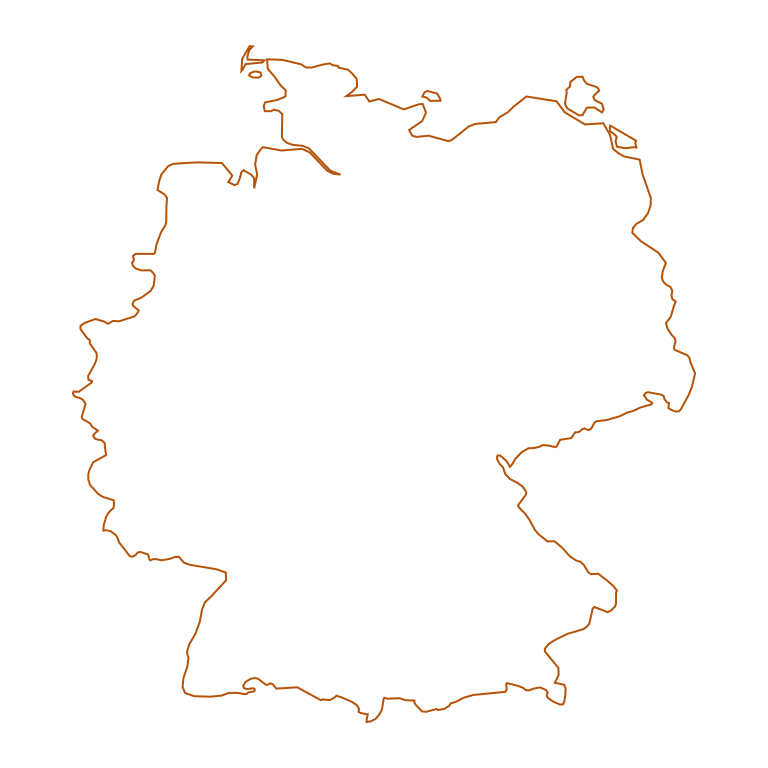 an SVG outline of Germany
{"feature_id": "DEU", "entity_name": "Germany", "entity_type": "country or territory", "adm_level": 0, "iso_a3": "DEU", "parent_name": "Europe", "parent_adm1": "", "projection": "natural_earth1", "projection_center": [10.44, 51.169], "detail": "fine", "context": "isolated", "style": "outline", "palette": "amber", "viewbox_px": 768, "rotation_deg": 0, "n_neighbors": 0, "source": "natural_earth", "source_scale": "50m", "svg_char_len": 6029}
<svg xmlns="http://www.w3.org/2000/svg" viewBox="0 0 768 768"><path d="M320.9,700.2L297.3,687.3L276.3,688.6L272.9,684.4L270.3,683.3L267.6,684.9L265.8,684.7L258.2,678.9L255.0,678.0L250.7,678.8L245.5,681.9L243.2,685.8L243.9,688.0L246.6,689.0L253.5,688.3L254.6,689.0L254.8,690.2L254.0,691.4L248.3,692.4L246.7,693.9L245.0,694.2L237.9,692.9L228.9,692.9L221.7,695.6L210.1,696.7L194.2,696.2L185.1,693.0L182.6,687.0L183.4,678.2L187.3,666.6L188.5,658.0L186.9,652.6L189.2,644.4L195.5,633.6L199.7,622.1L201.9,610.1L205.0,602.2L210.9,596.7L226.1,580.2L225.8,572.6L216.6,569.3L189.8,564.8L184.0,562.7L178.9,556.9L175.7,556.8L169.4,558.9L161.6,560.3L156.0,559.1L152.4,559.3L150.4,560.4L149.4,559.4L148.1,554.5L140.5,552.0L137.7,552.5L135.6,555.0L132.6,556.7L129.8,556.2L119.0,542.2L118.4,539.9L116.3,535.6L111.1,531.4L106.0,530.1L103.4,530.6L103.7,525.3L105.9,517.7L107.9,513.7L110.6,510.5L113.4,508.2L114.1,504.1L113.7,500.3L102.6,496.8L98.0,493.8L90.1,484.9L88.3,479.6L88.3,474.4L89.2,470.5L93.1,462.3L106.2,455.0L104.9,447.7L104.8,443.2L101.7,440.3L95.5,439.1L93.8,437.0L93.2,435.0L97.9,430.6L92.4,427.0L90.1,423.4L82.4,418.8L81.7,417.2L85.6,403.7L82.9,399.8L79.4,397.8L75.3,396.8L73.5,395.0L72.9,392.8L73.7,391.5L78.5,391.9L91.6,382.6L92.1,381.1L88.5,379.8L88.1,376.0L94.5,364.6L96.4,359.8L96.8,356.3L96.5,353.0L89.8,343.4L89.8,340.0L87.3,338.3L80.5,329.2L80.5,325.8L84.6,323.0L95.4,319.0L104.2,321.6L108.1,323.8L112.9,320.9L119.1,321.3L134.4,316.4L136.7,314.0L138.4,311.5L138.6,310.4L132.8,305.5L132.7,303.7L133.5,301.7L135.2,300.1L138.6,299.0L142.4,296.9L150.7,290.9L153.7,285.7L154.9,275.8L152.7,272.4L150.5,270.3L141.3,270.4L135.7,268.5L132.7,265.5L132.0,262.8L133.4,261.2L133.9,259.1L133.0,257.0L133.4,255.3L136.0,253.9L153.8,253.9L155.1,252.4L156.5,244.3L161.1,232.1L165.4,225.2L166.2,222.4L166.4,206.2L167.1,198.0L164.1,194.2L157.6,190.0L159.1,181.3L161.4,174.4L168.2,166.1L173.5,163.8L196.5,162.4L221.9,163.0L232.3,175.6L228.3,182.1L234.5,185.1L237.5,184.0L239.8,178.4L241.4,172.1L243.6,170.2L251.4,174.9L254.1,178.1L254.2,188.4L257.2,174.4L255.1,164.7L256.7,155.2L259.9,150.3L262.8,147.2L281.4,150.5L302.0,148.8L309.7,152.4L327.2,170.7L333.1,173.7L340.5,174.6L330.3,170.7L309.1,148.5L302.7,145.8L292.9,144.9L286.8,142.8L283.0,139.4L281.9,136.4L282.3,114.1L278.7,110.8L273.9,109.7L271.0,111.2L264.9,111.2L263.7,106.2L265.2,102.4L277.4,99.9L285.4,96.5L285.8,90.4L280.8,85.7L274.8,77.0L267.8,68.8L267.1,59.3L282.5,59.9L301.2,64.3L305.8,67.4L311.6,67.6L322.0,64.7L329.7,63.4L332.7,65.2L338.0,65.9L338.4,67.5L348.1,69.8L352.1,73.4L356.7,78.9L357.1,86.8L351.3,92.5L346.4,96.1L364.7,94.7L369.3,101.5L379.1,99.0L403.8,109.4L418.7,104.3L422.6,104.0L426.0,112.5L422.3,121.0L409.1,130.0L412.1,135.6L416.3,136.9L428.7,135.7L448.5,141.2L452.5,139.5L468.4,126.7L474.8,124.0L495.8,122.1L499.6,117.1L508.0,112.2L513.4,106.8L526.4,96.5L556.6,101.3L564.7,112.3L584.9,124.4L603.3,123.3L610.0,134.8L613.1,149.0L618.9,153.5L623.9,156.4L639.6,159.6L642.6,174.5L650.8,197.9L650.7,205.2L648.0,213.2L643.1,220.0L636.5,223.8L632.9,228.1L632.3,232.8L640.8,241.1L658.6,252.9L665.9,263.0L662.7,271.4L661.8,277.6L663.2,281.5L666.1,284.6L670.5,287.0L672.3,290.7L671.5,295.7L672.4,299.1L675.7,301.6L673.9,306.0L670.7,316.9L665.9,323.2L667.5,328.5L671.6,334.8L674.6,338.0L675.6,341.0L673.8,348.1L674.8,349.9L687.2,355.2L689.3,357.6L690.6,362.7L695.1,373.5L691.8,387.2L688.8,394.7L681.0,409.2L678.9,411.3L676.0,411.6L671.5,410.0L668.4,408.0L669.0,402.9L667.1,402.5L664.6,399.4L663.6,396.0L660.9,394.6L648.1,392.2L645.7,392.9L643.9,395.3L646.9,399.6L652.2,402.9L651.7,404.3L640.4,407.5L633.3,410.9L626.7,412.8L619.9,416.2L606.5,420.1L596.7,421.2L594.7,422.2L591.1,428.8L588.6,430.2L584.4,428.4L582.1,429.3L579.8,431.5L577.3,432.3L575.1,432.3L571.3,438.1L560.1,439.8L556.8,446.3L555.2,447.2L550.1,445.8L543.1,445.0L539.1,446.9L534.2,448.0L528.3,448.3L521.8,452.1L515.4,458.8L511.9,464.7L510.0,466.8L506.8,461.3L500.1,455.5L497.7,455.5L497.1,456.3L497.1,459.2L499.7,464.0L503.0,467.3L505.3,474.1L510.0,479.0L517.4,482.8L522.5,486.5L526.2,491.8L526.3,493.4L525.3,495.5L518.0,505.4L519.3,507.7L525.6,514.2L529.5,519.9L534.8,529.8L538.2,533.9L547.4,541.4L554.5,541.3L561.9,547.4L570.0,556.4L576.1,560.5L580.3,561.7L583.8,564.9L588.2,572.2L590.9,574.2L598.3,573.8L607.8,581.1L613.8,586.4L616.9,590.7L616.1,592.4L616.0,603.5L615.1,606.5L611.0,610.5L607.6,612.2L594.5,607.0L592.7,608.5L589.4,623.5L587.1,626.4L583.5,629.1L567.0,634.0L554.3,640.3L548.6,644.1L544.9,648.8L544.9,651.5L558.4,667.9L558.6,675.2L554.7,682.8L564.2,684.8L565.6,688.7L565.3,695.4L564.2,701.7L563.1,704.3L559.9,704.5L553.6,701.8L548.8,698.6L546.9,696.7L546.8,694.4L547.8,692.9L546.1,690.1L540.1,687.4L533.8,688.6L529.1,690.3L526.1,690.2L522.8,687.7L517.7,685.8L507.0,683.1L506.2,683.9L506.7,689.4L505.5,691.8L473.0,695.0L463.1,698.0L455.9,701.8L450.5,703.5L449.2,705.9L444.0,709.0L438.0,710.0L436.6,709.0L426.2,711.8L422.0,711.4L415.9,705.0L414.3,702.3L414.5,700.6L405.3,700.2L399.6,698.2L387.4,698.7L384.4,697.8L383.7,698.7L381.9,709.7L379.5,714.2L375.6,718.9L370.6,721.4L366.6,721.9L366.8,718.5L367.8,714.4L360.6,713.0L358.5,711.8L359.0,708.7L358.0,706.9L356.2,704.7L351.9,701.9L342.7,697.8L336.5,695.7L334.1,697.9L329.6,700.1L322.6,699.4L320.9,700.2ZM601.9,103.7L603.7,109.5L602.0,112.4L594.4,107.5L586.9,107.6L582.5,115.1L579.2,115.4L567.5,108.6L565.6,105.3L565.1,102.5L566.7,92.9L566.3,89.9L569.9,86.6L570.4,81.9L576.8,76.9L582.5,76.7L584.3,80.9L587.1,83.9L596.8,87.1L598.3,88.6L599.2,90.7L594.8,94.7L593.3,96.8L594.7,100.1L601.9,103.7ZM636.1,140.7L635.3,143.4L636.4,147.5L633.6,147.2L625.3,148.2L617.1,146.8L615.5,141.7L616.7,136.7L613.3,133.4L610.3,131.4L609.8,128.5L610.2,125.6L636.1,140.7ZM242.9,69.2L241.4,70.9L242.2,58.9L249.6,46.1L252.7,46.4L249.5,49.8L248.6,52.2L247.3,57.1L247.8,59.6L264.4,60.3L262.4,62.5L245.6,64.1L242.9,69.2ZM440.5,100.7L430.3,100.9L426.4,97.5L422.4,96.6L424.5,92.4L427.3,90.9L437.2,93.6L440.3,99.0L440.5,100.7ZM261.4,75.6L258.8,77.6L252.5,77.4L249.0,75.4L250.2,73.3L253.5,71.7L256.3,71.5L260.5,72.5L261.4,75.6Z" fill="none" stroke="#b45309" stroke-width="2"/></svg>